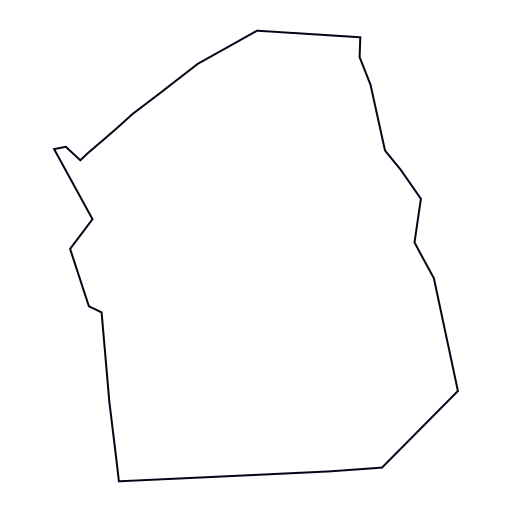 the district of Magdalena Zahuatlán, Oaxaca, Mexico
{"feature_id": "50627088B33073953596655", "entity_name": "Magdalena Zahuatlán", "entity_type": "district", "adm_level": 2, "iso_a3": "MEX", "parent_name": "Mexico", "parent_adm1": "Oaxaca", "projection": "albers", "projection_center": [-97.231, 17.392], "detail": "fine", "context": "isolated", "style": "outline", "palette": "ink", "viewbox_px": 512, "rotation_deg": 0, "n_neighbors": 0, "source": "geoboundaries", "source_scale": "gbopen_adm2", "svg_char_len": 692}
<svg xmlns="http://www.w3.org/2000/svg" viewBox="0 0 512 512"><path d="M118.9,481.3L329.4,471.4L382.0,467.6L457.9,391.0L448.0,344.4L447.6,342.7L433.9,278.3L419.0,250.9L415.8,244.8L414.5,242.5L420.9,198.8L400.8,169.9L385.0,150.5L370.5,84.7L359.6,57.1L360.3,37.3L257.0,30.7L243.4,38.3L234.2,43.5L221.8,50.4L215.5,53.9L197.8,63.8L168.8,86.3L160.6,92.7L154.2,97.5L143.6,105.6L142.9,106.1L137.9,109.9L132.6,113.9L124.6,121.2L124.2,121.6L115.2,129.6L112.1,132.3L103.2,140.0L96.6,145.6L96.2,146.0L87.4,153.5L80.3,160.3L71.1,151.7L68.6,149.4L65.9,146.8L54.1,149.1L92.5,219.2L70.1,248.9L88.9,306.3L101.6,312.4L109.3,401.5L116.8,463.1L118.9,481.3Z" fill="none" stroke="#020617" stroke-width="2"/></svg>